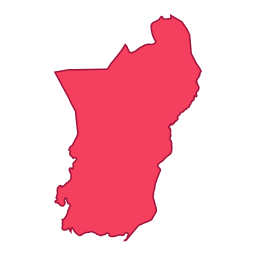 outline of Al Radoum, Southern Darfur, Sudan
{"feature_id": "16777658B70477888733853", "entity_name": "Al Radoum", "entity_type": "district", "adm_level": 2, "iso_a3": "SDN", "parent_name": "Sudan", "parent_adm1": "Southern Darfur", "projection": "natural_earth1", "projection_center": [24.105, 9.73], "detail": "fine", "context": "isolated", "style": "filled", "palette": "rose", "viewbox_px": 256, "rotation_deg": 0, "n_neighbors": 0, "source": "geoboundaries", "source_scale": "gbopen_adm2", "svg_char_len": 5770}
<svg xmlns="http://www.w3.org/2000/svg" viewBox="0 0 256 256"><path d="M170.8,15.4L171.1,18.4L166.8,19.0L164.1,19.1L163.3,18.6L163.0,18.0L162.0,16.6L161.7,16.5L161.2,16.7L160.4,17.4L159.8,18.6L159.2,19.4L155.6,21.5L153.1,22.6L151.7,24.1L151.1,25.8L151.6,30.9L152.6,35.1L154.4,39.3L155.9,41.6L154.7,43.5L152.0,44.5L147.9,44.2L144.4,45.3L139.7,47.9L135.3,51.3L131.4,52.8L129.4,52.1L128.0,49.3L126.8,46.4L125.2,44.6L121.3,50.8L116.6,56.8L110.7,64.0L107.4,69.2L72.9,69.8L67.8,69.9L54.9,72.2L61.9,85.3L68.5,97.3L68.8,97.7L69.6,99.8L71.2,103.2L74.2,108.7L75.6,111.2L75.8,113.7L77.0,125.5L77.9,133.7L77.8,134.3L76.2,138.0L75.7,138.6L74.3,141.6L73.8,142.5L72.7,144.7L72.2,145.5L71.7,145.9L71.0,146.1L70.2,147.1L69.6,147.9L69.0,149.5L69.1,150.3L69.5,150.6L70.3,150.9L70.4,151.5L69.9,152.8L69.8,153.6L69.9,154.5L70.1,154.8L70.8,155.6L71.1,155.8L71.8,156.7L72.6,157.4L72.7,157.8L73.3,158.3L73.8,158.1L74.3,157.8L75.1,157.5L75.6,157.6L75.1,157.5L75.6,157.6L76.4,158.3L76.6,159.0L75.8,160.5L75.1,161.2L74.6,161.9L73.7,162.5L73.2,163.3L73.1,163.9L73.1,165.1L73.2,166.0L73.0,167.9L73.0,168.6L72.6,168.7L72.2,168.6L71.5,168.3L70.3,167.9L69.5,168.7L69.2,169.6L69.3,170.1L70.4,173.0L71.0,174.2L71.2,175.0L71.2,176.0L70.9,178.5L70.6,179.6L69.3,180.8L68.6,181.8L68.1,182.3L67.6,182.6L66.4,183.1L66.0,183.7L64.9,185.0L64.3,185.5L63.9,185.8L63.1,186.2L63.9,185.8L64.3,185.5L64.8,185.0L65.9,183.7L66.3,183.1L66.9,182.9L67.6,182.6L68.0,182.3L68.4,182.0L68.6,181.8L69.3,180.8L70.6,179.6L70.9,178.5L71.2,176.0L71.1,175.0L71.2,175.9L70.9,178.4L70.6,179.6L69.3,180.8L68.4,181.9L68.0,182.3L67.6,182.6L66.3,183.1L65.9,183.7L64.3,185.5L63.9,185.8L63.1,186.2L62.8,186.1L62.3,186.2L62.1,186.5L61.7,187.1L61.5,187.3L61.2,186.8L61.2,186.2L61.0,185.8L60.6,185.6L59.9,185.6L59.2,186.0L58.7,186.5L57.7,187.8L57.3,189.6L57.3,190.8L57.4,192.4L57.6,193.7L57.1,194.6L57.0,195.3L56.2,197.6L56.2,198.0L57.2,199.1L57.3,199.5L57.1,200.1L55.4,201.0L55.1,201.9L55.4,202.4L56.6,202.7L57.4,202.8L58.1,203.0L58.6,203.4L59.1,204.1L60.9,205.6L62.0,206.0L63.2,205.9L64.1,205.0L64.6,204.3L65.1,202.7L65.0,202.0L64.4,201.1L64.2,200.0L64.8,199.1L65.1,198.2L65.8,197.9L66.4,198.2L66.6,199.0L66.5,199.8L66.7,200.6L67.3,201.3L67.5,202.1L67.8,202.8L68.1,203.6L68.3,203.8L69.2,204.1L69.7,204.5L70.0,205.0L70.3,205.6L70.3,206.1L69.7,206.6L69.4,207.0L69.2,207.6L69.1,208.3L68.3,209.9L68.3,210.1L67.8,211.0L67.8,211.5L67.5,212.2L67.4,213.5L66.4,215.6L66.0,216.2L65.5,217.1L64.4,218.5L63.8,219.2L62.7,219.6L62.1,219.6L62.2,220.1L62.5,220.3L62.8,220.9L62.8,221.5L62.3,222.8L62.4,223.3L62.7,224.7L62.1,227.9L62.1,228.3L62.7,229.4L63.1,229.5L63.9,230.0L65.0,230.0L66.3,229.8L68.0,228.5L68.7,228.3L69.1,228.5L69.4,229.0L69.4,229.7L69.5,230.2L69.9,230.7L70.9,231.9L70.9,230.4L71.5,228.3L72.1,227.8L72.4,227.9L72.7,228.1L73.8,230.3L74.3,230.8L75.5,232.6L78.4,235.1L79.1,235.4L80.1,235.4L80.6,235.3L81.6,234.9L83.0,233.8L83.9,233.3L85.5,232.7L89.9,232.0L91.2,231.5L92.0,231.6L92.6,232.0L93.4,232.4L94.8,232.7L95.3,232.9L95.7,233.2L96.5,234.0L97.1,234.3L99.7,235.2L100.4,235.6L102.0,235.3L103.0,234.7L104.2,234.6L105.6,234.1L106.1,233.6L106.5,233.2L107.0,232.8L108.1,233.2L108.6,233.5L109.0,233.9L109.1,234.4L109.3,235.7L109.6,236.0L112.0,236.6L112.9,236.5L113.7,236.3L114.1,236.4L115.1,236.2L116.2,235.8L117.3,235.5L119.0,234.9L119.8,234.9L122.2,235.3L122.8,235.2L123.5,235.1L124.4,234.3L125.0,233.1L126.3,232.8L126.9,232.8L128.0,233.5L128.2,233.9L128.2,235.0L127.2,237.3L126.8,238.6L126.4,239.5L125.6,239.6L125.1,239.9L124.7,240.3L124.6,240.6L126.5,240.0L126.7,239.6L130.6,234.8L138.1,226.0L138.9,225.3L139.9,224.8L142.0,224.0L142.6,223.5L148.3,221.3L150.3,220.4L151.0,220.0L151.6,219.6L156.3,211.4L156.3,210.3L156.1,208.3L155.8,207.0L154.8,204.3L154.9,203.5L154.3,202.0L154.3,201.4L153.8,200.0L153.7,199.4L153.4,199.0L153.0,197.0L153.2,196.4L153.2,196.0L153.5,193.7L153.5,193.2L153.4,192.6L154.3,189.5L154.9,186.3L155.0,185.2L155.0,184.4L155.7,182.7L156.6,180.5L156.6,179.9L157.2,177.8L157.7,177.2L159.0,173.6L160.4,170.4L160.4,169.7L159.6,168.4L158.9,167.8L158.3,166.9L157.8,165.2L157.8,165.3L157.8,164.6L158.2,164.1L160.0,162.6L161.4,161.6L162.2,161.1L163.1,160.5L163.6,159.8L163.9,159.2L164.3,159.1L165.6,157.6L170.5,153.7L171.1,152.6L171.5,151.5L171.5,150.6L171.8,149.8L171.7,147.5L171.8,145.9L171.6,145.3L171.5,144.8L171.7,143.9L171.7,143.3L171.4,142.5L171.1,141.2L170.8,140.5L170.4,140.0L170.1,139.6L169.9,138.7L170.0,138.1L170.1,137.2L170.6,136.2L170.9,135.8L170.5,134.6L170.5,132.6L170.6,131.5L170.5,129.9L170.4,129.2L170.0,128.2L169.5,128.0L169.2,128.1L169.0,127.7L169.0,127.4L168.7,127.0L168.7,126.6L169.3,125.9L169.8,125.9L170.7,125.2L170.5,124.6L170.3,124.2L171.5,124.0L172.5,124.6L173.0,123.6L173.1,123.4L173.7,123.5L174.2,123.2L174.7,122.3L174.7,121.9L175.0,121.6L175.3,121.5L175.8,121.2L176.0,120.3L176.7,120.5L177.8,119.1L178.0,118.5L177.5,117.0L178.3,115.6L178.7,115.4L179.6,114.7L180.2,113.8L180.2,113.4L180.6,112.9L181.7,112.3L183.5,111.5L184.4,110.2L185.3,109.6L186.3,109.2L186.6,109.0L186.7,108.4L186.9,108.1L187.9,107.6L188.3,107.3L188.8,107.2L189.2,106.8L189.3,106.2L189.8,104.9L190.7,104.0L190.9,103.0L191.1,102.6L191.7,102.1L192.1,100.9L192.4,100.6L193.0,100.6L193.4,100.4L193.9,99.8L193.9,99.4L194.1,98.9L193.9,98.0L194.3,97.2L194.3,96.4L194.4,96.0L194.7,95.8L195.1,96.0L196.0,96.7L196.5,96.6L196.7,96.2L196.7,95.1L196.3,94.0L196.3,92.7L197.8,90.6L198.3,90.1L198.8,88.5L198.9,87.6L198.6,86.5L197.7,84.7L197.2,83.5L197.1,83.0L196.9,82.8L196.4,82.7L196.1,82.4L196.2,82.2L196.6,81.6L196.6,80.7L197.3,79.2L197.3,78.8L197.4,78.5L197.8,78.1L198.3,77.8L198.7,77.4L198.7,76.9L199.0,76.2L199.0,75.8L199.6,75.5L199.7,75.3L199.3,74.7L199.8,74.1L199.9,73.8L200.0,73.7L200.1,72.5L201.1,71.5L200.2,69.3L195.6,62.2L191.2,53.5L189.6,34.8L187.1,29.5L181.8,21.8L170.8,15.4Z" fill="#f43f5e" stroke="#9f1239" stroke-width="1.5"/></svg>